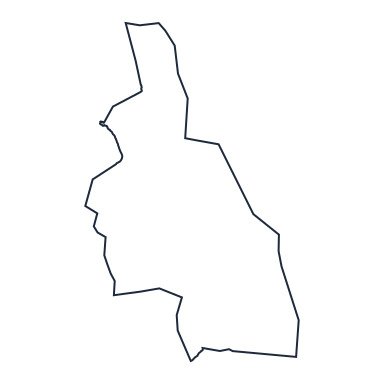 outline of O'lgii, Uvs, Mongolia
{"feature_id": "93677404B88101121559012", "entity_name": "O'lgii", "entity_type": "district", "adm_level": 2, "iso_a3": "MNG", "parent_name": "Mongolia", "parent_adm1": "Uvs", "projection": "mercator", "projection_center": [92.028, 48.988], "detail": "fine", "context": "isolated", "style": "outline", "palette": "slate", "viewbox_px": 384, "rotation_deg": 0, "n_neighbors": 0, "source": "geoboundaries", "source_scale": "gbopen_adm2", "svg_char_len": 2467}
<svg xmlns="http://www.w3.org/2000/svg" viewBox="0 0 384 384"><path d="M296.1,356.9L298.7,320.2L290.9,295.8L281.5,266.3L278.6,251.2L278.9,234.6L253.4,214.2L218.6,144.3L196.8,140.4L185.2,138.2L187.7,98.5L178.0,73.6L174.7,45.6L165.4,30.8L158.7,23.1L139.8,25.3L125.7,23.0L135.7,61.0L140.7,84.4L140.8,84.8L141.0,84.9L141.2,85.2L141.3,85.3L141.4,85.6L141.4,85.9L141.4,86.4L141.6,87.0L141.7,87.3L141.7,87.5L141.6,87.8L141.4,88.0L141.3,88.4L141.3,88.8L141.3,89.3L141.5,89.7L141.6,90.0L141.7,90.3L141.8,90.6L141.7,91.0L141.6,91.3L140.2,92.2L112.9,106.6L104.1,122.5L103.7,122.8L103.4,122.7L103.2,122.6L103.0,122.3L102.9,122.1L102.8,121.9L102.6,121.9L102.5,122.1L102.3,122.2L102.1,122.2L101.9,122.1L101.7,122.0L101.5,121.8L101.3,121.6L101.1,121.6L100.9,121.6L100.7,121.5L100.4,121.7L100.5,121.9L100.6,122.2L100.6,122.5L100.4,122.7L100.3,122.9L100.2,123.1L100.0,123.3L100.0,123.5L100.1,123.8L100.4,124.0L100.7,124.3L101.8,124.9L102.6,125.5L102.9,125.8L103.2,125.8L103.5,125.8L103.8,125.6L104.0,125.5L104.1,125.3L104.2,125.1L104.3,125.1L104.5,125.1L105.1,125.6L105.3,125.8L105.5,125.8L105.8,125.8L106.1,125.8L106.3,125.8L106.6,125.9L106.8,126.0L107.0,126.5L107.3,126.8L107.3,127.3L107.5,127.8L107.8,128.1L108.0,128.4L108.2,128.8L108.3,129.1L108.7,129.3L109.0,129.4L109.4,129.6L109.7,129.8L109.9,129.9L110.0,130.1L110.0,130.4L110.2,130.6L110.4,130.8L111.2,131.4L111.6,131.7L111.9,132.1L112.0,132.4L112.3,132.9L112.4,133.1L112.5,133.3L112.7,133.7L113.0,134.2L113.3,134.5L113.8,134.9L114.1,135.2L114.4,135.7L114.7,136.1L114.9,136.4L115.0,136.8L115.1,137.3L115.2,137.7L115.4,138.2L115.8,138.7L116.1,139.7L116.6,140.8L116.8,141.2L116.8,141.6L116.9,141.9L117.0,142.4L117.5,143.1L117.7,143.5L117.9,143.9L118.2,145.4L118.4,146.0L118.6,146.5L118.8,147.2L119.1,148.0L119.2,148.4L119.4,148.9L119.5,149.3L120.4,151.5L121.6,153.8L122.1,155.3L122.2,155.8L122.3,156.4L122.2,156.9L122.1,157.3L122.0,157.8L121.9,158.1L121.9,158.5L121.7,158.9L121.4,159.5L120.8,160.5L120.1,161.3L119.5,161.8L118.5,162.3L117.5,162.8L116.8,163.1L116.0,164.2L92.7,179.4L85.3,206.0L97.3,213.4L93.8,226.4L97.6,232.5L105.6,237.1L104.3,255.3L107.2,264.0L110.8,273.8L114.7,280.9L113.9,295.2L140.7,291.6L159.3,288.4L181.9,297.4L176.7,315.1L177.7,330.6L190.8,361.0L191.7,360.6L192.6,360.0L193.3,359.2L195.0,357.4L197.5,355.7L197.9,354.7L199.0,353.0L200.4,352.0L201.1,351.1L202.2,350.5L202.7,349.9L202.8,348.9L202.6,348.0L219.9,351.0L229.0,349.2L232.7,351.1L296.1,356.9Z" fill="none" stroke="#1e293b" stroke-width="2"/></svg>